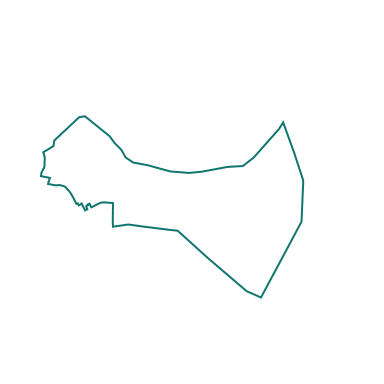 outline of Al Hali, Al Hudaydah, Yemen, rotated 325°
{"feature_id": "15242507B48725764908659", "entity_name": "Al Hali", "entity_type": "district", "adm_level": 2, "iso_a3": "YEM", "parent_name": "Yemen", "parent_adm1": "Al Hudaydah", "projection": "mercator", "projection_center": [42.962, 14.788], "detail": "fine", "context": "isolated", "style": "outline", "palette": "teal", "viewbox_px": 384, "rotation_deg": 325, "n_neighbors": 0, "source": "geoboundaries", "source_scale": "gbopen_adm2", "svg_char_len": 2781}
<svg xmlns="http://www.w3.org/2000/svg" viewBox="0 0 384 384"><g transform="rotate(325 192 192)"><path d="M92.9,74.1L92.1,77.2L90.4,80.6L89.2,81.9L88.6,82.5L86.5,85.6L84.5,87.6L83.8,87.6L79.7,89.9L77.4,92.4L82.8,98.0L83.3,98.6L83.7,99.0L83.1,99.3L81.6,100.6L79.5,102.1L78.7,102.9L81.0,105.1L81.7,105.9L82.9,107.2L83.0,107.3L84.9,108.9L85.2,109.1L87.4,110.2L90.2,113.5L91.2,115.3L91.3,116.0L91.9,121.4L91.9,123.2L91.9,123.7L91.8,124.4L91.8,124.7L91.5,128.5L91.5,128.8L91.4,129.4L91.3,129.9L91.0,131.7L90.5,135.3L91.1,135.5L91.9,135.7L91.6,138.0L93.1,138.2L93.3,138.2L94.9,138.1L95.0,138.1L94.9,138.6L94.8,139.0L94.8,139.3L94.5,141.3L94.5,141.5L94.4,141.9L94.3,142.4L94.3,142.6L94.2,143.0L94.1,143.9L94.1,144.2L94.0,144.7L93.9,145.7L95.0,145.9L95.3,146.0L96.2,146.1L96.4,146.1L96.5,145.4L96.7,144.4L96.7,144.1L96.8,143.9L96.9,143.6L97.3,143.1L97.5,142.9L97.9,142.9L98.1,143.0L99.0,143.1L99.1,142.5L99.3,142.5L100.7,142.7L101.2,142.7L101.3,143.0L101.2,143.2L101.2,143.5L101.2,143.9L101.1,144.2L101.0,144.6L100.9,145.3L100.8,146.0L100.8,146.3L100.7,146.8L100.9,146.9L101.5,147.0L104.7,147.4L106.2,147.6L106.4,147.6L106.9,147.7L108.0,147.8L109.6,148.1L110.1,148.2L111.2,148.6L111.6,148.7L111.9,148.8L112.2,148.9L112.5,149.1L114.0,150.2L115.5,151.2L115.6,151.4L115.9,151.5L116.6,152.1L116.8,152.3L117.5,152.9L119.0,154.1L119.4,154.4L120.5,155.3L120.9,155.5L119.7,157.5L119.4,157.9L119.1,158.3L119.0,158.5L118.4,159.3L117.8,160.2L117.6,160.4L116.9,161.4L116.6,161.7L116.0,162.6L115.4,163.4L114.9,164.3L114.5,164.7L114.0,165.4L113.5,166.1L113.3,166.4L113.0,166.8L112.9,166.9L112.4,167.6L112.0,168.1L111.7,168.5L111.3,169.2L111.1,169.4L110.9,169.7L110.4,170.5L109.3,172.0L108.5,173.3L107.9,174.4L107.4,175.1L109.2,176.0L109.4,176.1L110.9,176.9L111.2,177.0L112.3,177.6L114.0,178.5L116.5,179.7L116.9,180.0L117.2,180.1L121.2,182.1L124.2,184.9L125.3,186.0L125.5,186.1L128.0,188.4L128.4,188.8L129.2,189.5L131.4,191.7L132.4,192.5L135.2,195.1L138.0,197.5L138.3,197.8L147.1,205.8L147.6,206.2L151.3,209.6L154.8,212.7L158.1,215.5L158.3,216.7L167.1,255.1L168.5,260.6L179.9,304.7L188.0,318.0L194.3,314.8L236.0,293.7L264.7,279.1L270.2,271.9L276.6,263.6L280.0,259.1L288.0,248.7L290.0,245.9L290.4,244.0L291.5,240.5L297.4,221.0L297.9,219.5L300.7,209.1L306.2,188.8L306.6,187.3L299.4,190.3L262.2,199.2L248.6,199.9L235.6,191.9L211.5,180.9L200.4,174.6L186.0,162.7L171.2,144.8L167.0,140.5L166.0,139.5L160.8,134.2L160.5,133.5L157.6,126.0L157.4,125.4L157.9,121.3L157.9,121.0L158.2,118.5L158.3,116.8L157.8,114.2L157.7,113.1L157.5,112.1L156.7,107.8L156.5,99.1L154.5,92.1L148.8,72.2L147.8,68.8L147.7,68.5L142.4,66.0L132.2,67.5L118.6,69.4L117.0,69.7L115.5,69.9L112.2,70.3L109.0,70.8L107.6,72.1L105.5,74.2L104.8,74.9L103.8,74.8L100.6,74.7L99.0,74.6L92.9,74.1Z" fill="none" stroke="#0f766e" stroke-width="2"/></g></svg>